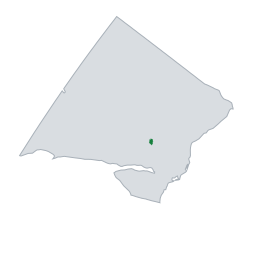 Markz Maghagha, Al Minya, Egypt shown in context, rotated 125°
{"feature_id": "37247803B21152276423955", "entity_name": "Markz Maghagha", "entity_type": "district", "adm_level": 2, "iso_a3": "EGY", "parent_name": "Egypt", "parent_adm1": "Al Minya", "projection": "orthographic", "projection_center": [30.801, 28.641], "detail": "fine", "context": "in_parent", "style": "filled", "palette": "green", "viewbox_px": 256, "rotation_deg": 125, "n_neighbors": 0, "source": "geoboundaries", "source_scale": "gbopen_adm2", "svg_char_len": 4301}
<svg xmlns="http://www.w3.org/2000/svg" viewBox="0 0 256 256"><g transform="rotate(125 128 128)"><path d="M212.8,201.0L208.2,201.2L203.5,201.4L198.8,201.6L194.2,201.8L189.5,202.0L184.8,202.2L180.1,202.3L175.4,202.5L170.8,202.6L166.1,202.7L161.4,202.8L156.7,202.9L152.0,203.0L147.3,203.1L142.6,203.1L138.0,203.2L135.3,203.2L135.7,201.8L136.0,200.8L135.7,200.2L134.8,200.0L134.2,200.2L132.8,203.1L132.1,203.2L130.4,203.2L124.9,203.2L119.5,203.2L114.0,203.2L108.6,203.1L103.1,203.1L97.6,203.0L92.2,202.9L86.7,202.8L81.3,202.6L75.8,202.5L70.4,202.3L64.9,202.1L59.5,201.9L54.0,201.7L48.6,201.4L43.2,201.2L43.3,197.7L43.4,194.3L43.6,190.9L43.7,187.4L43.8,184.0L44.0,180.5L44.1,177.1L44.3,173.6L44.4,170.2L44.5,166.8L44.7,163.3L44.8,159.9L45.0,156.4L45.1,153.0L45.3,149.5L45.4,146.0L45.6,142.6L45.7,139.1L45.9,135.7L46.0,132.2L46.2,128.8L46.4,125.3L46.5,121.9L46.7,118.4L46.8,114.9L47.0,111.5L47.2,108.0L47.3,104.6L47.5,101.1L47.7,97.7L47.8,94.2L48.0,90.7L47.9,90.1L47.3,87.7L46.8,84.7L46.2,81.0L46.2,79.8L45.2,75.9L45.1,74.9L45.5,74.1L47.6,71.0L48.3,69.5L48.9,67.7L49.2,66.2L48.7,63.8L48.1,61.7L48.0,59.6L48.0,57.5L49.1,56.1L50.4,54.9L50.9,54.1L51.7,53.2L52.2,52.8L53.1,54.7L55.1,55.1L61.9,53.7L69.2,55.7L73.2,56.5L79.5,58.1L83.3,60.8L84.3,61.1L87.1,61.1L88.8,62.7L96.0,63.6L99.9,65.3L102.0,66.6L103.3,67.1L104.5,67.0L106.1,66.5L108.1,65.6L110.2,64.4L114.7,61.1L116.3,60.5L117.3,60.7L118.6,60.6L119.1,59.7L119.8,59.1L120.2,58.4L120.9,57.6L123.2,57.3L127.8,55.9L127.3,56.6L123.1,58.2L124.9,58.4L126.8,57.8L128.9,57.5L129.2,56.8L129.5,55.5L129.9,55.3L131.4,55.6L135.7,57.5L136.8,57.6L139.9,56.5L140.5,56.2L141.5,56.8L143.8,59.3L143.0,59.2L140.6,57.1L140.4,58.2L139.0,60.1L140.7,60.9L142.1,61.1L142.9,62.2L143.4,63.1L144.8,62.7L145.8,61.4L145.2,60.7L144.9,60.0L145.3,60.0L146.3,60.5L149.1,62.9L150.0,63.4L151.1,63.3L153.3,62.6L153.9,62.7L156.9,61.7L157.3,62.4L157.8,63.0L160.2,62.2L164.0,62.2L167.1,61.3L170.7,59.3L170.9,59.0L171.1,59.5L171.6,60.8L172.8,64.0L173.9,66.6L175.1,70.1L175.6,71.4L175.8,72.4L177.6,76.3L178.7,79.4L179.6,82.0L180.7,85.8L181.3,87.1L180.5,87.9L179.1,90.4L177.8,98.4L175.7,104.6L175.5,108.5L175.2,109.9L174.1,111.9L172.8,113.8L170.4,112.9L166.5,109.6L164.1,106.5L161.7,104.5L159.3,101.8L158.7,99.8L158.7,98.5L157.6,95.5L156.9,94.0L154.0,90.8L153.2,89.1L152.6,88.3L152.0,87.2L150.9,82.9L149.8,80.3L148.6,81.0L148.8,82.2L147.7,83.7L147.1,85.6L147.6,87.1L149.9,89.3L150.4,90.3L150.9,92.4L150.9,95.4L151.3,96.4L153.0,98.5L153.7,99.8L154.0,100.9L154.6,101.9L156.3,103.8L158.8,107.3L161.2,109.7L162.9,110.8L163.6,112.0L163.9,115.0L163.8,116.5L165.3,119.2L165.9,120.5L167.3,121.6L168.0,122.9L168.7,125.0L169.7,131.1L171.0,132.6L175.1,140.6L178.5,145.6L180.2,149.4L182.7,154.0L187.8,164.0L190.8,167.1L191.9,168.8L194.1,170.1L196.4,171.9L194.2,171.8L193.7,172.0L192.9,172.4L192.6,173.6L192.5,174.5L192.9,179.7L193.6,182.3L195.7,187.2L197.1,188.6L197.8,189.6L198.8,190.3L203.4,191.8L206.1,195.2L212.2,199.5L212.8,200.7L212.8,201.0Z" fill="#d9dde1" stroke="#a8b0b8" stroke-width="1"/><path d="M126.8,99.6L126.7,99.7L126.5,100.1L126.4,100.1L126.2,100.1L126.2,100.3L126.0,100.5L125.9,100.5L125.9,100.8L125.8,101.0L125.8,100.9L125.7,100.8L125.6,100.7L125.4,100.6L125.4,100.8L125.4,101.0L125.2,101.0L125.1,100.9L125.0,101.0L124.9,101.0L124.7,101.1L124.4,101.2L124.2,101.2L124.1,101.4L124.1,101.5L124.1,101.8L123.9,101.8L123.9,102.0L124.0,102.1L124.3,102.0L124.5,102.0L124.6,101.9L124.6,102.0L124.7,101.9L124.8,101.8L124.9,101.7L125.0,101.6L125.3,101.6L125.3,101.8L125.3,102.0L125.2,102.0L125.3,102.1L125.5,102.1L125.8,102.2L125.8,102.3L125.9,102.2L126.0,102.1L126.2,101.9L126.3,101.9L126.5,101.8L126.6,102.0L126.8,101.9L126.8,101.7L126.8,101.4L126.8,101.2L126.9,100.9L127.0,100.9L127.1,100.7L127.2,100.4L127.2,100.2L127.2,99.9L127.3,99.8L127.2,99.8L127.2,99.7L127.0,99.8L127.0,99.7L126.9,99.7L126.8,99.6ZM126.9,101.9L127.0,101.9L127.0,101.7L127.0,101.8L127.0,101.7L127.2,101.4L127.2,101.5L127.3,101.5L127.4,101.4L127.3,101.2L127.2,101.1L127.2,100.9L127.3,100.7L127.5,100.4L127.5,100.2L127.6,99.9L127.5,100.0L127.4,100.1L127.4,100.3L127.3,100.5L127.2,100.5L127.2,100.8L127.0,101.0L126.9,101.1L126.9,101.3L126.9,101.5L126.9,101.8L126.9,102.0L126.9,101.9L126.9,101.9ZM126.8,101.2L127.0,101.0L127.0,100.9L126.9,100.9L126.9,101.0L126.8,101.2Z" fill="#22c55e" stroke="#15803d" stroke-width="1.5"/></g></svg>